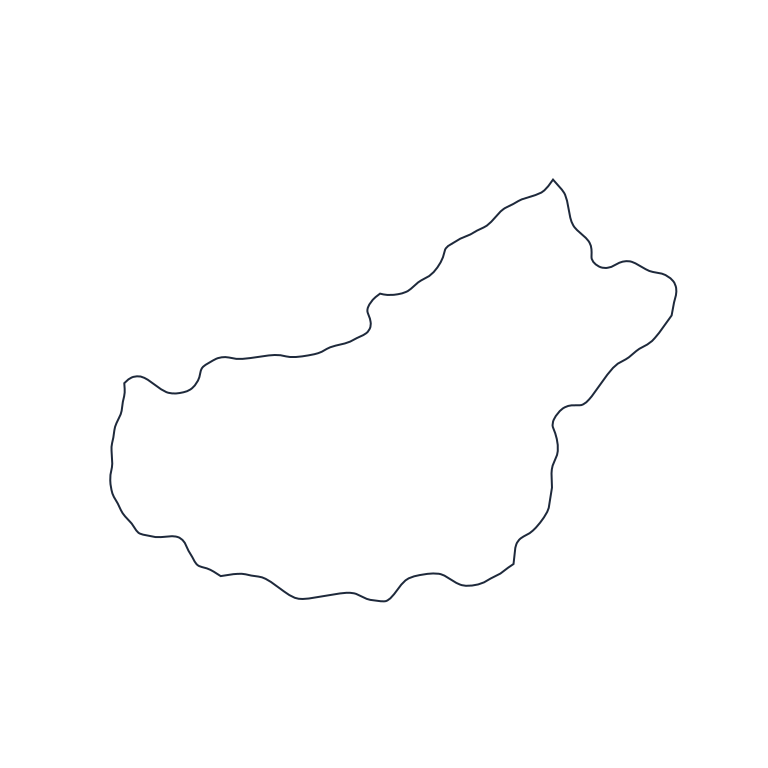 Altamira, Puerto Plata, Dominican Republic, rotated 126°
{"feature_id": "3306468B71353623072064", "entity_name": "Altamira", "entity_type": "district", "adm_level": 2, "iso_a3": "DOM", "parent_name": "Dominican Republic", "parent_adm1": "Puerto Plata", "projection": "orthographic", "projection_center": [-70.789, 19.642], "detail": "fine", "context": "isolated", "style": "outline", "palette": "slate", "viewbox_px": 768, "rotation_deg": 126, "n_neighbors": 0, "source": "geoboundaries", "source_scale": "gbopen_adm2", "svg_char_len": 3718}
<svg xmlns="http://www.w3.org/2000/svg" viewBox="0 0 768 768"><g transform="rotate(126 384 384)"><path d="M313.2,440.3L318.6,441.9L322.5,442.6L328.3,442.6L331.8,441.9L333.4,441.2L334.8,440.3L335.9,439.1L339.4,433.8L341.6,431.4L342.9,430.2L345.9,428.5L347.7,428.0L351.4,427.8L353.3,428.2L356.6,429.5L362.7,432.9L369.6,436.3L374.2,439.5L381.4,445.7L385.9,449.1L389.2,450.9L394.5,453.3L397.8,455.4L400.9,457.9L405.4,462.1L409.8,466.5L413.9,471.1L417.4,475.9L419.2,479.4L421.6,484.7L424.8,489.5L428.7,494.1L441.5,507.3L446.9,513.3L450.4,518.1L453.7,525.0L455.5,528.2L457.8,531.0L460.6,533.5L462.1,534.5L465.5,536.2L473.3,539.6L476.4,540.5L478.0,540.6L479.5,540.4L481.0,540.0L487.0,537.4L490.6,536.5L496.4,536.2L500.3,536.8L502.2,537.4L505.6,539.1L508.6,541.4L511.4,544.0L514.0,546.8L516.2,550.0L517.9,553.4L518.5,555.3L519.3,561.3L519.4,577.6L519.9,581.5L521.0,585.3L523.0,588.4L525.6,591.0L527.1,592.0L530.5,593.5L536.0,594.6L540.3,591.0L543.3,588.8L546.7,587.0L551.9,584.8L559.9,580.5L563.4,579.2L573.0,577.4L576.7,576.4L580.0,574.9L586.4,571.5L591.7,569.2L595.0,567.5L598.0,565.3L608.2,557.0L611.4,555.1L618.3,551.9L622.9,548.8L625.8,546.4L629.8,542.3L632.2,539.4L634.1,536.2L637.2,529.1L640.7,522.7L642.2,519.4L643.3,515.6L645.2,506.1L648.1,498.3L648.7,495.1L648.5,493.5L647.5,490.4L642.2,479.0L639.0,474.5L631.7,466.0L629.8,462.8L629.1,461.1L628.6,459.2L628.6,455.4L629.6,451.8L633.8,444.2L636.7,437.4L638.9,432.9L639.9,429.9L640.1,428.3L640.0,426.7L639.1,423.7L637.3,419.0L636.4,415.3L635.9,411.4L635.4,403.2L626.4,394.1L623.7,390.9L621.2,387.6L619.3,384.1L617.0,378.8L613.6,372.4L612.1,369.0L611.2,365.2L610.6,359.1L610.6,342.6L610.4,336.5L609.4,330.5L607.9,326.8L605.7,323.4L601.7,318.7L579.3,296.5L575.2,291.9L572.8,288.6L570.9,285.1L570.2,283.2L568.0,271.7L566.7,268.2L561.7,259.0L559.8,256.2L558.6,254.9L557.1,254.0L553.7,252.9L548.1,252.3L536.2,252.1L530.3,251.2L526.7,249.8L521.9,246.6L517.6,242.8L512.1,237.3L508.4,232.9L505.3,228.1L504.5,226.3L503.5,222.5L502.4,208.6L501.6,204.7L501.0,202.8L499.1,199.1L495.3,194.3L490.8,190.0L485.7,186.5L478.7,183.4L468.9,178.4L459.6,175.6L453.5,173.4L439.3,181.5L436.0,182.7L434.2,183.1L430.5,183.1L428.6,182.7L425.4,181.5L419.1,178.5L415.1,177.4L411.0,176.7L404.5,176.2L397.9,176.2L391.5,176.8L387.4,177.9L369.1,187.2L357.9,195.9L354.5,198.0L350.9,199.6L339.7,202.3L336.1,204.0L331.2,207.6L326.9,211.9L323.3,216.4L319.5,222.2L318.3,223.4L314.9,225.2L313.0,225.7L308.9,226.2L302.6,225.9L298.5,224.9L296.5,224.0L293.5,222.1L291.0,219.7L286.1,213.1L285.0,211.9L283.4,210.9L279.9,209.6L275.9,209.0L271.7,208.7L245.1,208.8L236.3,208.2L230.1,206.8L221.9,202.9L218.5,201.6L209.1,199.3L205.4,198.1L197.3,194.2L191.6,192.4L187.3,191.9L180.9,191.5L159.5,191.6L147.5,197.3L140.6,200.0L137.4,201.8L134.6,204.1L133.4,205.5L131.4,208.7L130.8,210.5L130.1,214.4L130.4,220.3L131.4,224.1L135.3,232.3L136.6,235.8L137.3,239.7L138.6,251.5L139.5,255.3L140.2,257.1L142.2,260.2L144.7,262.8L147.6,264.9L155.6,268.9L158.3,271.2L159.6,272.5L161.5,275.6L162.2,277.4L162.6,279.3L162.8,283.0L162.2,286.5L160.6,289.6L159.4,290.7L155.5,293.4L153.0,295.4L150.6,297.9L148.8,300.9L148.1,302.7L147.2,306.5L146.0,318.3L145.2,322.1L144.5,324.0L142.5,327.7L139.9,331.1L128.2,343.6L124.4,348.8L123.5,350.6L122.2,354.4L119.3,367.4L127.5,367.4L133.2,368.1L136.6,369.2L142.1,372.5L153.7,381.1L157.1,382.9L162.3,385.2L170.3,389.4L172.1,390.1L175.9,391.1L189.7,392.6L195.5,393.9L198.8,395.4L205.2,398.9L212.2,402.0L221.6,407.7L234.5,413.2L237.7,413.7L239.2,413.6L246.8,410.8L252.3,409.7L258.3,409.3L264.3,409.6L270.1,410.9L278.3,414.8L281.7,416.1L291.2,418.2L294.9,419.4L296.7,420.4L300.1,422.7L303.2,425.5L306.1,428.5L309.9,433.5L311.8,437.0L313.2,440.3Z" fill="none" stroke="#1e293b" stroke-width="2"/></g></svg>